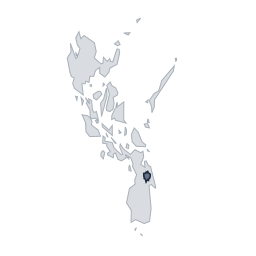 Tarlac, Tarlac, Philippines shown in context, rotated 175°
{"feature_id": "2640588B80128813909947", "entity_name": "Tarlac", "entity_type": "district", "adm_level": 2, "iso_a3": "PHL", "parent_name": "Philippines", "parent_adm1": "Tarlac", "projection": "equal_earth", "projection_center": [120.673, 15.515], "detail": "fine", "context": "in_parent", "style": "filled", "palette": "slate", "viewbox_px": 256, "rotation_deg": 175, "n_neighbors": 0, "source": "geoboundaries", "source_scale": "gbopen_adm2", "svg_char_len": 5008}
<svg xmlns="http://www.w3.org/2000/svg" viewBox="0 0 256 256"><g transform="rotate(175 128 128)"><path d="M120.2,31.4L128.5,36.1L133.2,33.7L131.9,45.5L136.0,53.6L131.8,67.7L125.8,71.5L125.9,75.4L123.5,80.6L126.9,89.4L126.2,91.8L127.8,98.0L132.7,101.6L132.6,98.3L137.4,95.8L140.8,97.7L142.7,104.3L144.9,103.0L145.2,99.6L150.7,103.0L150.6,104.7L147.8,105.9L150.8,111.6L150.4,114.0L154.5,115.1L153.6,122.2L151.5,120.3L152.3,116.9L145.1,115.0L143.4,109.0L137.0,101.9L135.6,102.3L137.9,109.7L137.1,112.7L134.6,107.8L127.9,101.5L123.0,105.8L117.4,102.3L115.1,103.5L114.9,97.7L118.5,90.8L114.5,87.3L114.5,93.3L112.9,93.7L110.8,88.6L108.9,87.7L105.5,66.6L106.1,65.6L109.8,69.7L112.1,68.8L112.0,45.9L114.7,33.0L120.2,31.4ZM169.7,164.8L177.9,172.1L179.2,177.1L177.3,182.5L179.9,184.2L181.0,188.5L182.4,203.0L178.0,209.1L178.0,217.4L173.9,201.7L172.3,202.8L168.9,211.5L171.2,215.0L172.2,222.4L168.5,228.2L167.2,221.0L163.8,224.0L154.1,215.9L153.0,206.9L155.5,200.8L149.4,194.3L147.4,194.5L146.3,200.6L142.9,196.1L140.1,198.7L139.5,195.8L137.5,195.2L132.1,207.6L130.1,207.3L129.7,203.8L133.3,192.4L140.8,189.2L142.4,185.0L146.7,180.8L151.4,185.0L150.9,190.8L155.4,188.1L157.7,182.4L161.4,183.0L162.9,176.8L166.0,178.3L166.8,175.9L170.1,176.1L169.7,164.8ZM145.4,172.2L141.7,175.4L140.3,171.5L136.8,169.0L135.0,163.8L135.8,161.7L140.1,159.8L139.7,153.5L141.5,147.7L144.6,146.0L147.5,147.1L148.1,149.3L143.6,163.2L145.4,172.2ZM166.8,122.8L170.2,127.9L169.8,136.9L172.6,145.2L166.9,143.7L164.6,140.8L163.3,137.5L164.2,134.3L157.9,128.5L156.2,122.2L166.8,122.8ZM129.5,133.0L139.9,136.9L140.5,139.2L143.5,137.8L143.1,141.6L139.1,148.6L129.9,154.4L131.6,136.2L129.5,133.0ZM90.2,172.4L76.4,186.0L77.9,180.7L99.1,153.9L100.1,146.3L102.9,141.2L102.6,146.6L104.4,153.5L98.8,160.2L94.1,162.4L90.2,172.4ZM112.4,107.8L121.4,109.1L125.0,113.7L125.2,121.1L121.8,127.5L118.3,123.0L115.3,113.1L111.7,109.4L112.4,107.8ZM159.5,140.7L163.5,140.3L164.6,142.7L164.4,149.2L167.4,156.4L165.9,158.2L164.2,155.5L164.6,160.6L161.9,158.6L161.9,149.3L160.5,146.5L158.0,147.1L156.7,137.8L159.5,140.7ZM146.0,169.5L146.1,161.6L153.4,141.8L153.1,155.0L149.7,159.2L146.0,169.5ZM159.8,164.4L154.5,167.2L152.3,166.8L151.0,163.9L156.8,158.7L159.6,160.7L159.8,164.4ZM144.3,121.9L153.4,131.3L153.5,134.5L147.0,127.5L143.5,131.9L144.3,121.9ZM156.8,106.1L154.8,107.6L153.3,105.6L155.3,99.4L157.5,102.5L156.8,106.1ZM134.2,212.9L130.1,215.7L128.6,211.9L131.2,210.8L134.2,212.9ZM106.6,126.2L110.5,127.4L111.5,130.6L108.0,130.6L106.6,126.2ZM129.4,107.5L131.7,108.6L130.4,112.5L128.5,110.7L129.4,107.5ZM119.6,220.6L123.9,223.0L117.8,222.8L119.6,220.6ZM172.1,162.4L169.9,159.3L171.8,154.4L171.6,157.4L172.1,162.4ZM132.0,120.9L130.6,129.2L129.6,125.8L130.4,121.7L132.0,120.9ZM109.7,232.3L110.0,234.8L105.8,236.3L109.7,232.3ZM130.7,85.4L130.6,89.1L129.6,90.7L128.5,84.9L130.7,85.4ZM138.4,149.9L136.5,154.7L136.5,151.9L138.4,149.9ZM108.3,132.0L107.3,135.5L106.4,131.5L108.3,132.0ZM159.8,138.5L158.4,138.6L157.0,135.8L158.7,135.5L159.8,138.5ZM137.2,123.3L137.2,126.5L135.2,123.9L137.2,123.3ZM177.6,164.2L175.6,163.6L176.5,160.2L177.6,164.2ZM142.1,113.9L145.8,120.2L141.2,114.0L142.1,113.9ZM108.0,152.5L105.6,154.2L106.2,151.4L108.0,152.5ZM149.2,172.1L148.7,174.8L147.4,173.4L149.2,172.1ZM149.6,121.5L150.4,125.2L148.6,120.6L149.6,121.5ZM74.8,193.3L73.6,193.2L73.8,190.8L74.8,190.5L74.8,193.3ZM162.2,174.2L160.6,174.3L160.5,172.9L161.4,172.6L162.2,174.2ZM173.4,207.4L172.3,205.7L172.6,204.0L173.4,204.8L173.4,207.4ZM110.3,103.3L111.0,105.3L109.1,102.9L110.3,103.3ZM166.9,159.4L167.6,162.1L165.8,158.8L166.9,159.4ZM130.1,26.3L128.3,28.0L129.6,25.5L130.1,26.3ZM132.3,99.8L129.9,98.2L129.9,97.1L132.3,99.8ZM123.4,19.7L125.0,21.6L123.3,20.3L123.4,19.7Z" fill="#d9dde1" stroke="#a8b0b8" stroke-width="1"/><path d="M114.9,73.8L114.8,73.0L114.8,72.9L114.7,72.5L114.5,72.8L114.5,73.0L114.4,73.1L114.4,73.3L114.2,73.6L114.2,73.9L114.1,74.0L113.8,74.1L113.6,74.3L113.4,74.5L113.2,74.6L113.0,74.4L112.9,74.2L112.7,74.2L112.4,74.1L112.3,74.3L112.2,74.2L112.2,74.3L112.0,74.5L112.0,74.8L111.9,74.8L111.8,75.0L111.8,74.9L111.8,75.0L111.7,75.1L111.6,75.3L111.6,75.5L111.5,75.8L111.4,75.8L111.2,75.8L110.9,75.9L110.8,76.2L110.9,76.5L110.5,76.8L110.1,77.7L109.9,78.9L109.8,80.0L111.1,81.1L111.7,81.9L112.1,83.0L112.2,82.9L112.3,82.9L112.6,82.8L112.8,82.6L113.0,82.4L113.3,82.3L113.3,82.2L113.4,82.3L113.4,82.2L113.5,82.2L113.8,82.0L114.0,82.0L114.0,81.9L114.1,81.7L114.3,81.5L114.5,81.5L114.8,81.5L115.0,81.5L115.2,81.4L115.3,81.4L115.5,81.4L115.7,81.5L115.8,81.5L115.8,81.4L116.0,81.3L116.3,81.3L116.3,81.1L116.4,80.7L116.2,80.5L116.2,80.4L116.2,80.2L116.3,80.1L116.3,79.9L116.3,79.7L116.4,79.4L116.5,79.3L116.5,79.2L116.5,78.9L116.4,78.9L116.3,78.7L116.3,78.4L116.4,78.2L116.3,77.9L116.2,77.8L116.2,77.7L116.2,77.4L116.0,77.2L116.1,76.9L116.2,76.7L116.3,76.6L116.4,76.4L116.3,76.2L116.1,76.2L115.9,76.2L115.6,76.0L115.6,75.9L115.4,75.8L115.4,75.7L115.3,75.4L115.2,75.2L115.1,74.9L115.1,74.7L115.0,74.4L114.9,73.8L114.9,73.8Z" fill="#64748b" stroke="#1e293b" stroke-width="1.5"/></g></svg>